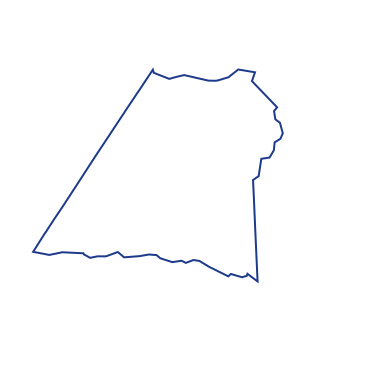 Chesterfield, South Carolina, United States of America, rotated 302°
{"feature_id": "52423323B78786867018867", "entity_name": "Chesterfield", "entity_type": "district", "adm_level": 2, "iso_a3": "USA", "parent_name": "United States of America", "parent_adm1": "South Carolina", "projection": "equal_earth", "projection_center": [-80.194, 34.592], "detail": "fine", "context": "isolated", "style": "outline", "palette": "blue", "viewbox_px": 384, "rotation_deg": 302, "n_neighbors": 0, "source": "geoboundaries", "source_scale": "gbopen_adm2", "svg_char_len": 1083}
<svg xmlns="http://www.w3.org/2000/svg" viewBox="0 0 384 384"><g transform="rotate(302 192 192)"><path d="M308.9,219.3L317.8,184.1L326.9,182.0L320.4,166.3L308.6,162.1L300.2,154.7L298.6,152.7L295.1,146.8L287.0,123.4L281.3,117.7L275.9,112.8L272.8,96.4L275.0,94.0L250.0,93.3L245.7,93.1L240.8,93.0L235.5,92.8L225.2,92.5L223.7,92.5L216.5,92.3L216.2,92.3L205.1,92.0L195.5,91.8L171.3,91.1L169.8,91.1L152.7,90.8L145.5,90.7L139.9,90.6L129.9,90.4L112.8,90.1L106.9,89.9L106.4,89.9L106.0,89.9L103.8,89.8L100.7,89.7L96.0,89.5L95.0,89.5L83.4,89.3L81.2,89.3L78.4,89.1L57.1,89.0L63.0,104.3L72.2,114.0L82.5,132.4L81.8,133.3L82.2,140.5L87.5,146.1L91.8,153.1L101.8,160.9L100.6,169.0L109.8,181.5L116.1,188.5L119.7,195.3L119.0,200.2L122.1,212.5L128.2,219.6L128.6,224.3L135.1,229.3L137.5,234.9L137.6,246.1L139.7,267.5L143.1,268.4L146.2,279.6L150.0,282.9L152.0,282.4L150.9,295.0L197.2,263.1L224.0,244.7L234.5,237.4L240.8,240.1L256.9,233.2L262.3,239.5L270.8,239.3L277.9,235.8L284.1,238.8L289.9,237.9L297.3,229.9L297.8,224.2L304.1,218.7L308.9,219.3Z" fill="none" stroke="#1e3a8a" stroke-width="2"/></g></svg>